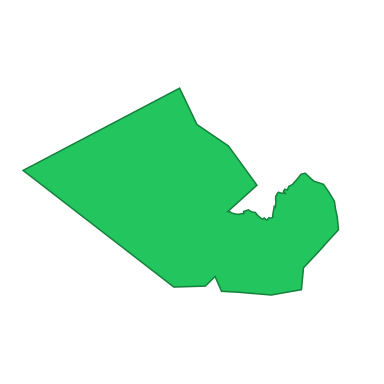 map outline of Tagant (Mercator projection), rotated 218°
{"feature_id": "MRT-2798", "entity_name": "Tagant", "entity_type": "Region", "adm_level": 1, "iso_a3": "MRT", "parent_name": "Mauritania", "parent_adm1": "", "projection": "mercator", "projection_center": [-11.398, 18.406], "detail": "fine", "context": "isolated", "style": "filled", "palette": "green", "viewbox_px": 384, "rotation_deg": 218, "n_neighbors": 0, "source": "natural_earth", "source_scale": "10m", "svg_char_len": 1117}
<svg xmlns="http://www.w3.org/2000/svg" viewBox="0 0 384 384"><g transform="rotate(218 192 192)"><path d="M121.8,139.6L122.1,137.2L123.6,126.0L124.8,125.0L147.8,105.9L149.1,105.9L338.4,105.0L265.9,265.8L265.7,266.2L230.4,248.6L229.9,248.2L191.7,250.7L165.0,243.1L145.0,237.3L151.8,198.6L149.9,199.9L148.1,199.8L143.5,201.7L141.5,203.2L139.5,205.6L137.8,206.9L139.4,208.4L137.2,211.4L136.7,212.7L135.0,212.6L131.3,213.7L129.8,214.8L128.3,214.7L127.7,214.1L127.1,214.3L125.3,213.9L121.4,213.8L119.6,213.9L119.2,216.0L115.7,215.7L115.6,219.0L113.6,220.0L112.7,222.0L114.1,223.2L114.4,223.9L115.9,226.7L118.3,231.2L116.9,231.1L118.9,234.4L119.2,235.2L121.6,237.7L122.8,239.3L123.4,240.4L123.4,240.9L123.1,241.4L124.0,243.2L123.6,245.2L121.7,245.7L119.7,247.0L117.8,248.2L120.3,248.8L120.7,251.3L118.1,252.3L119.2,256.0L117.5,259.6L117.0,268.8L117.0,273.1L114.3,276.5L102.9,275.5L93.1,279.0L84.1,276.2L74.1,272.4L68.0,266.6L61.8,261.4L53.3,252.4L55.1,230.2L54.9,230.2L55.8,219.2L57.5,201.0L45.6,182.4L58.8,167.8L66.0,159.7L94.3,141.2L107.6,131.9L121.8,139.6Z" fill="#22c55e" stroke="#15803d" stroke-width="1.5"/></g></svg>